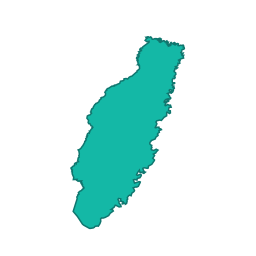 the district of Ban Khwao, Chaiyaphum, Thailand, rotated 236°
{"feature_id": "78962969B12995220204726", "entity_name": "Ban Khwao", "entity_type": "district", "adm_level": 2, "iso_a3": "THA", "parent_name": "Thailand", "parent_adm1": "Chaiyaphum", "projection": "equal_earth", "projection_center": [101.855, 15.816], "detail": "fine", "context": "isolated", "style": "filled", "palette": "teal", "viewbox_px": 256, "rotation_deg": 236, "n_neighbors": 0, "source": "geoboundaries", "source_scale": "gbopen_adm2", "svg_char_len": 5900}
<svg xmlns="http://www.w3.org/2000/svg" viewBox="0 0 256 256"><g transform="rotate(236 128 128)"><path d="M89.5,35.9L83.0,36.6L73.7,36.5L72.1,37.0L66.4,39.9L65.9,40.5L64.6,43.3L64.5,44.6L64.9,45.7L63.9,47.8L63.2,48.5L64.3,51.1L65.8,53.2L68.0,54.5L68.2,55.8L67.3,56.9L66.7,58.8L66.2,63.0L67.3,65.6L67.4,69.4L68.8,69.5L69.9,68.4L70.1,72.2L71.1,74.2L70.6,74.8L67.5,76.5L66.7,78.3L68.2,78.8L70.8,78.6L72.6,79.7L74.3,79.6L74.9,80.7L73.4,82.4L72.4,81.6L71.8,81.7L71.4,81.0L69.4,82.8L68.8,82.5L68.8,81.1L68.3,80.8L67.9,81.4L67.9,82.8L67.2,83.4L66.3,83.1L66.2,84.6L67.9,86.4L69.0,86.9L69.2,88.0L70.7,88.5L71.5,90.5L71.4,91.9L70.1,92.7L71.8,94.7L71.9,97.0L72.2,98.0L72.6,98.5L75.5,98.8L74.9,101.2L74.1,102.3L73.9,104.0L76.0,107.6L76.4,108.0L77.3,107.2L78.7,102.6L82.0,103.5L81.6,104.8L79.8,106.3L81.0,107.5L80.1,110.1L80.9,112.0L81.5,112.7L82.6,112.8L83.1,111.3L83.2,109.5L84.4,108.9L85.6,110.8L86.7,113.9L84.7,113.1L83.8,114.2L83.2,115.8L82.0,115.2L81.5,115.8L81.7,117.7L82.5,117.1L84.3,117.2L86.0,117.5L86.3,118.0L85.8,119.4L83.8,121.4L83.5,122.3L85.0,123.7L84.6,127.4L86.3,131.7L86.7,132.1L89.1,131.6L90.3,134.6L92.2,134.4L91.8,137.1L92.4,138.1L92.9,140.5L94.7,139.5L94.9,136.9L96.8,135.3L97.7,135.4L98.4,136.9L99.2,136.8L100.3,138.0L101.5,137.3L102.7,137.2L103.8,138.1L104.1,139.6L104.6,140.2L103.7,144.4L104.8,146.0L105.0,148.7L105.3,149.0L106.5,149.0L106.9,150.0L106.9,151.6L108.5,152.1L107.9,154.8L108.7,154.8L110.2,153.6L111.4,154.1L112.3,152.7L112.6,151.2L113.1,150.8L115.3,154.3L117.3,154.5L117.9,155.8L116.8,158.8L115.6,159.9L116.7,163.9L116.5,166.9L119.1,168.6L119.4,169.3L116.8,170.5L116.8,171.6L118.6,172.7L119.3,171.7L120.0,171.4L122.0,173.4L122.0,174.0L121.1,175.4L123.2,176.0L123.9,174.8L125.4,174.0L125.4,171.8L125.7,171.4L126.2,171.4L127.0,172.4L127.9,174.6L127.4,176.6L128.5,177.6L128.9,177.2L128.5,172.9L129.1,172.4L129.9,173.0L130.5,175.1L129.8,177.7L128.5,179.0L128.7,180.0L129.4,180.3L130.8,179.9L131.6,180.4L132.8,180.1L133.8,180.6L134.5,180.2L134.1,182.0L132.8,183.3L133.6,183.8L135.8,183.0L136.3,183.3L136.4,184.2L135.0,185.5L133.4,184.6L132.8,184.6L132.8,185.1L133.7,186.6L135.0,187.5L135.0,188.6L135.5,188.8L136.5,188.1L136.6,189.1L137.1,189.5L138.0,188.5L139.0,188.5L139.4,189.6L138.9,191.0L139.1,191.9L139.5,191.9L140.4,190.4L141.4,190.4L143.5,191.9L143.9,193.2L143.1,193.7L143.0,194.5L143.8,195.6L144.7,195.1L145.1,195.3L145.7,197.7L147.2,198.4L148.8,197.8L149.5,198.0L149.6,198.7L150.9,200.0L150.1,200.9L150.2,202.6L151.8,201.4L152.4,201.5L151.8,203.4L151.9,204.2L153.7,205.6L152.8,206.4L152.7,207.2L154.1,207.7L154.8,208.9L155.1,208.7L155.3,207.8L156.0,207.8L155.6,211.0L154.9,213.2L156.2,213.6L157.1,214.8L157.8,213.4L158.7,213.4L158.8,214.7L159.3,215.6L159.9,214.2L161.0,214.0L161.4,215.2L162.7,216.6L162.7,217.3L162.1,218.1L162.3,219.1L163.7,219.7L164.4,219.1L165.1,220.1L165.9,220.1L166.6,218.4L167.2,218.0L167.6,216.5L168.4,215.6L169.5,216.8L170.2,216.5L170.5,216.0L170.5,213.5L171.9,212.7L172.0,214.6L172.9,214.3L173.4,211.2L174.7,211.7L174.9,211.3L174.1,209.7L172.6,209.5L173.2,207.4L174.6,208.8L174.9,208.5L174.7,207.2L175.3,207.1L176.6,209.5L177.4,208.4L177.4,207.9L176.9,207.5L177.3,207.2L177.9,207.7L178.2,209.0L178.5,209.0L178.6,207.6L179.0,206.7L180.0,206.8L180.5,206.3L180.9,202.6L181.9,202.1L182.6,202.3L181.9,204.8L182.7,204.9L183.3,204.6L183.7,203.8L183.5,202.1L184.6,201.7L184.7,202.5L183.9,205.0L184.6,204.7L185.4,202.1L186.1,201.7L186.5,200.6L187.0,200.5L187.6,198.3L188.2,197.7L189.4,198.0L190.8,197.8L190.8,196.8L192.4,195.7L192.8,194.8L191.7,194.6L191.7,194.2L192.8,193.5L192.2,193.4L191.4,192.5L191.1,191.2L189.1,191.8L188.1,194.0L187.3,193.3L187.0,185.9L186.7,184.8L186.3,184.7L187.0,183.4L186.7,181.8L185.9,181.7L185.2,182.8L184.6,182.4L185.1,181.5L185.2,179.8L184.5,180.3L184.1,179.0L183.4,179.2L183.3,177.2L182.9,177.7L182.5,176.7L181.9,176.6L181.5,177.4L181.0,176.9L180.8,176.2L181.5,175.8L181.7,174.7L180.9,174.0L180.1,174.1L180.0,174.8L179.5,174.5L179.6,173.9L179.1,173.3L178.8,173.4L178.9,174.2L178.3,174.1L177.6,172.9L176.9,173.1L175.5,172.1L175.0,172.4L175.0,171.6L174.4,172.4L173.7,171.9L173.2,172.3L170.8,170.8L170.4,169.6L170.4,167.6L169.4,166.6L169.6,166.1L168.8,160.1L169.3,158.9L169.4,157.3L168.8,155.1L170.1,154.1L171.0,152.2L170.0,151.4L170.0,150.2L171.0,147.9L169.7,146.2L169.7,145.6L170.3,143.4L170.1,142.9L171.1,140.7L171.1,140.3L170.5,140.2L171.3,138.5L171.7,138.3L171.8,134.2L172.2,132.9L171.7,131.4L171.2,131.4L171.2,130.0L170.4,128.7L169.5,128.9L167.7,127.5L167.4,125.3L167.6,124.2L168.0,123.6L168.1,122.3L167.3,122.2L167.0,119.7L166.1,118.8L165.9,116.7L166.3,115.0L165.9,114.4L166.0,113.6L164.8,111.0L164.0,110.1L164.1,108.7L163.5,108.2L163.4,107.4L162.4,106.7L162.2,105.9L160.7,106.1L160.1,103.6L160.6,102.6L160.7,101.0L159.1,99.4L156.4,99.6L154.8,98.0L153.5,97.9L153.0,98.8L150.5,98.6L150.0,99.1L148.3,99.3L148.1,98.7L148.3,98.3L147.7,98.1L147.6,97.0L146.6,94.5L146.9,94.2L146.0,93.9L145.9,93.2L145.5,93.0L145.9,92.8L145.9,91.3L144.9,89.9L144.4,90.3L143.7,89.5L143.9,88.7L143.1,88.5L142.8,87.0L141.6,86.8L141.5,86.1L140.9,85.2L141.1,84.7L140.0,83.6L139.0,81.4L138.6,81.0L138.5,80.2L137.4,77.3L137.4,75.6L137.7,74.4L136.3,74.4L134.0,73.3L132.8,72.4L132.7,71.9L131.2,71.3L131.2,70.4L130.8,69.6L130.1,69.3L129.4,68.2L127.8,68.1L128.2,67.0L128.1,65.9L127.5,65.3L127.9,65.3L127.9,64.6L128.3,65.1L128.4,64.3L128.0,63.4L126.8,62.6L127.1,60.8L126.8,59.6L126.5,59.4L126.8,59.1L126.7,58.3L124.8,57.9L124.3,58.4L124.0,58.1L124.2,57.8L123.3,57.5L123.1,56.9L122.5,57.2L121.2,56.1L117.4,55.4L115.8,53.8L113.9,57.0L113.5,56.2L111.7,56.9L111.6,57.9L110.3,58.4L110.6,59.3L110.2,59.8L110.1,59.0L109.6,59.2L109.3,58.7L108.8,59.1L108.4,58.2L107.8,58.2L107.9,58.6L107.5,58.8L106.4,58.6L106.3,58.1L105.5,57.9L103.4,58.2L103.1,57.9L103.3,57.6L102.7,57.4L102.9,56.9L102.5,56.3L102.7,55.6L102.2,54.7L102.5,52.4L102.1,50.6L100.6,50.4L100.6,48.8L99.8,48.3L99.4,47.0L97.9,46.4L89.5,35.9Z" fill="#14b8a6" stroke="#0f766e" stroke-width="1.5"/></g></svg>